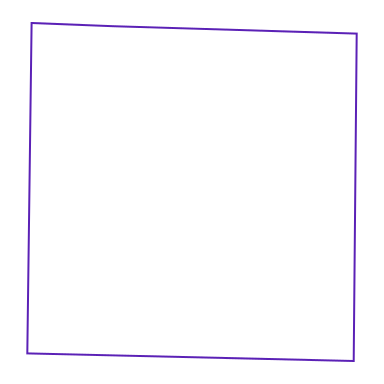 McDonough, Illinois, United States of America
{"feature_id": "52423323B27317612886822", "entity_name": "McDonough", "entity_type": "district", "adm_level": 2, "iso_a3": "USA", "parent_name": "United States of America", "parent_adm1": "Illinois", "projection": "equal_earth", "projection_center": [-90.715, 40.458], "detail": "fine", "context": "isolated", "style": "outline", "palette": "violet", "viewbox_px": 384, "rotation_deg": 0, "n_neighbors": 0, "source": "geoboundaries", "source_scale": "gbopen_adm2", "svg_char_len": 193}
<svg xmlns="http://www.w3.org/2000/svg" viewBox="0 0 384 384"><path d="M112.8,26.2L31.6,23.0L27.3,353.4L353.7,361.0L356.7,33.6L112.8,26.2Z" fill="none" stroke="#5b21b6" stroke-width="2"/></svg>